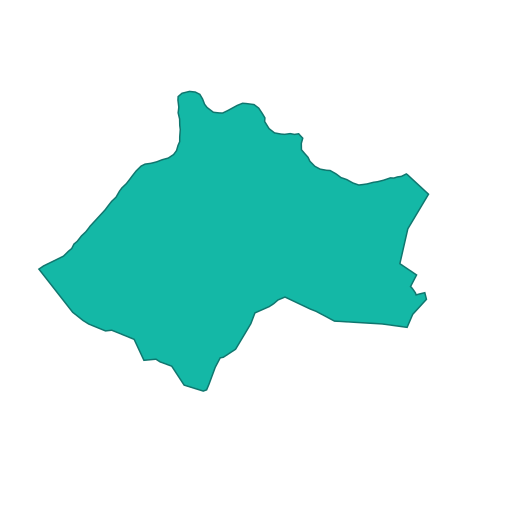 Obot Akara, Akwa Ibom, Nigeria (Albers equal-area conic projection), rotated 38°
{"feature_id": "59680162B95147302907135", "entity_name": "Obot Akara", "entity_type": "district", "adm_level": 2, "iso_a3": "NGA", "parent_name": "Nigeria", "parent_adm1": "Akwa Ibom", "projection": "albers", "projection_center": [7.605, 5.256], "detail": "fine", "context": "isolated", "style": "filled", "palette": "teal", "viewbox_px": 512, "rotation_deg": 38, "n_neighbors": 0, "source": "geoboundaries", "source_scale": "gbopen_adm2", "svg_char_len": 1926}
<svg xmlns="http://www.w3.org/2000/svg" viewBox="0 0 512 512"><g transform="rotate(38 256 256)"><path d="M297.6,394.9L299.5,391.9L297.9,386.0L292.4,368.8L290.5,358.3L292.6,355.9L297.3,342.0L294.7,321.1L293.6,312.5L290.2,301.5L297.2,288.4L297.4,288.2L299.3,282.7L300.4,277.1L304.1,270.5L331.4,264.4L337.4,262.6L357.9,259.0L397.2,231.9L419.0,219.2L415.4,205.5L417.0,185.2L411.6,181.0L408.4,185.0L406.1,188.1L404.5,187.0L402.1,186.2L399.0,185.3L397.5,185.0L396.6,185.0L394.2,172.1L374.1,173.5L358.9,141.1L353.9,101.1L325.2,98.7L323.9,98.8L323.5,99.7L321.6,103.7L318.7,106.7L316.7,109.7L313.8,111.7L311.8,114.8L309.9,117.7L306.0,122.7L303.1,125.7L299.2,130.8L296.3,133.8L293.3,136.8L287.4,138.8L280.5,139.9L277.2,141.0L274.7,141.9L268.7,142.0L261.8,143.0L258.9,145.0L253.0,148.1L247.1,149.1L243.5,148.6L240.2,148.2L236.2,146.2L231.3,145.3L226.4,144.3L222.4,139.4L220.3,134.4L214.6,133.5L214.4,133.4L211.5,136.5L207.6,138.5L203.7,142.5L200.7,144.5L194.8,147.6L187.9,147.6L180.0,144.7L178.0,141.7L173.1,139.8L167.1,137.8L161.2,137.9L154.4,141.9L151.4,143.9L148.5,148.9L144.6,157.9L144.2,158.8L141.7,163.9L138.8,166.0L133.9,169.0L126.0,169.1L122.1,168.1L117.1,165.1L112.2,163.2L107.2,164.2L102.3,167.2L97.5,173.3L96.5,178.3L98.5,181.2L103.5,186.2L105.0,188.6L106.5,191.1L111.5,195.1L115.5,200.0L118.5,203.0L122.5,209.0L125.5,212.9L126.5,216.9L128.5,221.9L128.6,226.8L126.6,232.8L122.8,237.9L119.8,242.9L117.2,246.3L115.9,247.9L112.0,251.9L110.1,255.9L109.2,262.9L109.2,268.9L109.3,273.9L109.3,278.8L108.4,284.8L108.5,288.8L109.5,295.8L108.6,301.8L108.6,305.3L108.6,306.8L108.7,312.7L106.9,334.8L107.0,336.7L107.0,341.7L106.1,347.6L106.1,354.6L105.2,358.6L106.2,363.6L105.3,367.6L104.4,374.6L94.7,394.6L93.0,400.0L133.7,410.1L146.2,413.2L159.4,413.3L166.1,412.6L183.5,407.7L188.0,403.3L211.3,396.7L231.9,407.2L240.7,398.9L245.6,398.5L257.4,394.7L278.9,402.0L297.6,394.9Z" fill="#14b8a6" stroke="#0f766e" stroke-width="1.5"/></g></svg>